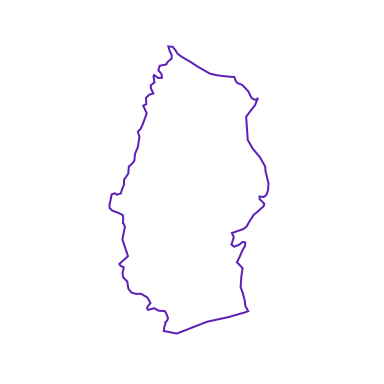 outline of Central Rivercess, River Cess, Liberia, rotated 141°
{"feature_id": "62588387B65596489935901", "entity_name": "Central Rivercess", "entity_type": "district", "adm_level": 2, "iso_a3": "LBR", "parent_name": "Liberia", "parent_adm1": "River Cess", "projection": "orthographic", "projection_center": [-9.304, 5.8], "detail": "fine", "context": "isolated", "style": "outline", "palette": "violet", "viewbox_px": 384, "rotation_deg": 141, "n_neighbors": 0, "source": "geoboundaries", "source_scale": "gbopen_adm2", "svg_char_len": 2549}
<svg xmlns="http://www.w3.org/2000/svg" viewBox="0 0 384 384"><g transform="rotate(141 192 192)"><path d="M265.5,208.9L266.0,207.2L276.0,198.9L276.8,196.8L276.8,196.7L278.0,193.6L278.3,192.6L280.8,185.9L282.2,182.4L291.9,181.9L293.1,181.8L293.8,181.8L294.0,179.6L293.8,179.2L292.4,176.4L297.0,172.7L299.2,169.0L298.7,163.1L302.3,156.9L302.3,156.2L302.4,154.1L302.3,153.1L302.0,151.2L299.4,147.9L295.6,144.9L293.1,138.2L293.7,134.3L294.2,131.8L294.7,131.7L296.2,131.4L298.8,130.8L300.0,130.1L300.3,128.0L299.6,127.7L296.3,126.2L294.5,125.5L292.9,121.3L291.9,120.0L288.7,117.2L288.1,116.7L288.7,112.9L290.0,109.1L292.2,107.7L294.8,107.5L295.0,106.6L297.9,105.0L301.4,101.7L297.2,96.7L292.8,91.5L292.4,91.4L262.9,82.0L261.6,81.5L261.3,81.4L243.0,72.1L242.3,71.8L241.9,71.6L238.8,70.3L236.5,69.4L235.9,69.1L226.3,65.0L223.3,64.0L223.0,65.8L222.3,69.7L219.1,74.9L216.2,81.5L215.9,82.2L214.1,87.5L206.3,95.8L200.6,100.9L200.7,101.7L201.0,106.3L201.4,109.0L196.9,111.1L191.0,114.1L189.5,114.9L186.9,115.9L184.5,116.8L182.4,119.3L184.0,121.3L188.2,121.3L193.6,122.9L193.6,123.0L194.4,126.3L187.9,130.6L186.8,135.0L180.1,132.6L175.5,130.9L171.4,130.8L165.0,133.3L161.5,134.3L159.0,135.4L156.5,135.4L155.6,135.4L153.0,135.4L148.2,135.8L145.3,135.8L143.2,137.4L143.3,138.1L143.9,144.0L142.3,146.0L139.3,142.9L135.9,143.0L132.0,145.4L127.3,150.3L126.1,152.8L122.6,160.2L122.3,161.0L119.1,165.8L117.6,174.6L117.3,176.5L117.5,185.4L117.5,187.7L115.9,197.4L111.0,204.3L106.3,211.1L103.4,215.2L102.5,216.5L101.0,216.8L98.0,217.6L89.4,219.6L88.6,219.7L88.5,219.8L87.2,220.5L81.6,223.6L84.4,223.3L85.8,225.6L86.5,227.6L85.5,232.3L84.9,234.9L85.3,240.4L85.6,243.6L85.6,243.8L88.1,247.9L88.1,250.8L86.7,254.6L93.4,261.1L95.2,262.9L99.3,267.2L103.6,272.7L108.7,285.9L110.7,292.2L110.8,292.7L115.1,304.1L116.2,308.6L115.6,312.9L115.7,317.1L118.8,320.0L120.8,315.0L120.9,314.3L121.5,311.5L123.6,308.6L129.5,308.4L131.6,307.3L137.6,310.4L141.5,307.9L141.5,304.9L141.5,302.7L143.5,299.7L146.5,301.8L147.9,306.8L149.1,306.1L152.3,300.7L153.3,300.8L156.9,300.9L158.7,298.4L160.1,292.9L164.0,294.5L168.5,294.1L170.3,291.7L172.2,289.1L175.6,289.8L177.7,281.6L188.1,275.4L192.2,273.4L196.1,273.0L198.1,268.0L205.5,261.2L212.6,257.3L213.7,256.1L216.9,252.7L221.1,251.6L225.0,251.6L227.2,249.3L230.0,246.4L237.1,244.3L240.4,240.3L244.0,238.6L248.2,235.7L252.0,237.1L252.8,239.6L256.0,240.7L260.6,236.8L264.5,233.7L266.1,231.2L265.6,227.5L262.2,221.8L260.3,217.5L261.3,216.0L262.6,214.1L265.3,211.3L265.0,210.8L265.5,208.9Z" fill="none" stroke="#5b21b6" stroke-width="2"/></g></svg>